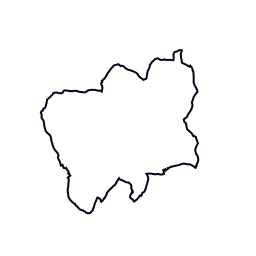 Catina, Cluj, Romania, rotated 236°
{"feature_id": "2599482B31598645365183", "entity_name": "Catina", "entity_type": "district", "adm_level": 2, "iso_a3": "ROU", "parent_name": "Romania", "parent_adm1": "Cluj", "projection": "albers", "projection_center": [24.16, 46.852], "detail": "fine", "context": "isolated", "style": "outline", "palette": "ink", "viewbox_px": 256, "rotation_deg": 236, "n_neighbors": 0, "source": "geoboundaries", "source_scale": "gbopen_adm2", "svg_char_len": 5607}
<svg xmlns="http://www.w3.org/2000/svg" viewBox="0 0 256 256"><g transform="rotate(236 128 128)"><path d="M145.0,214.4L144.6,213.2L148.7,211.1L151.6,209.4L152.0,209.3L152.8,209.6L154.6,210.5L157.5,211.8L158.0,212.1L159.3,212.7L160.2,213.5L161.0,214.3L161.5,215.3L161.8,215.7L162.5,216.1L163.4,214.8L163.7,214.4L164.0,212.9L163.9,212.2L164.0,211.6L164.2,210.9L164.6,210.3L164.7,209.7L164.7,208.8L164.6,208.1L163.4,206.6L162.5,206.3L159.6,204.4L159.0,204.0L158.9,203.6L159.1,203.1L160.6,201.5L162.4,198.7L163.4,197.4L164.5,196.7L164.3,196.1L166.1,193.4L166.7,192.8L167.1,192.5L168.2,192.0L169.2,191.7L169.4,190.8L169.9,189.1L169.9,188.3L169.9,188.1L169.5,187.0L169.4,185.5L169.1,184.3L168.6,183.3L168.1,181.5L167.2,180.7L165.6,178.9L164.5,176.9L164.4,176.5L163.6,175.4L162.6,174.6L160.4,172.6L158.7,170.8L159.3,167.6L160.2,167.5L163.1,166.4L164.3,166.1L165.7,166.0L167.0,166.1L168.2,165.9L169.3,165.6L171.8,164.1L172.5,163.8L173.9,162.6L174.8,162.0L176.1,160.8L177.2,160.1L179.3,159.3L181.4,158.8L182.1,158.6L182.7,158.1L183.3,157.3L183.4,157.0L183.5,156.5L184.2,156.4L185.1,155.9L186.2,155.8L186.5,155.2L186.9,153.6L187.7,151.6L187.7,151.1L186.4,146.2L185.6,144.2L184.8,142.0L184.3,140.9L183.2,138.9L182.4,137.0L182.0,135.1L181.8,133.2L181.7,132.7L180.9,132.7L180.5,132.3L180.4,131.7L180.4,131.2L180.0,130.8L178.8,130.2L177.2,130.0L176.4,129.7L175.3,129.0L173.9,127.7L172.9,126.5L174.0,126.3L174.3,126.1L175.1,125.0L175.7,124.0L176.2,123.5L177.5,122.6L179.3,120.2L180.5,118.3L180.7,117.5L181.4,116.3L181.5,114.9L181.4,113.3L181.5,112.4L182.4,111.2L183.2,110.4L183.9,109.3L185.6,107.5L186.5,106.8L187.6,106.4L187.7,105.6L187.9,105.3L189.0,104.1L189.3,103.3L189.6,102.6L190.6,101.3L190.6,100.8L190.7,100.6L191.4,100.2L191.6,100.0L191.8,99.7L192.0,99.5L192.4,99.2L194.3,97.0L194.6,96.5L194.7,96.0L194.7,95.4L194.6,94.9L194.0,93.7L193.7,93.2L193.9,92.5L194.4,91.6L194.9,91.0L196.0,89.8L196.6,89.4L197.5,88.4L198.8,85.8L198.4,85.3L197.9,84.1L197.6,82.1L197.3,81.3L196.9,77.6L196.7,76.8L196.2,76.1L195.2,75.4L194.5,74.7L191.5,71.3L191.2,70.4L191.1,69.6L191.2,68.8L191.2,68.5L191.1,68.2L190.7,68.0L190.2,67.4L190.1,67.1L190.3,66.1L190.0,64.8L189.9,64.6L189.6,64.4L188.0,64.0L186.8,63.6L185.6,62.5L184.9,62.1L184.2,61.9L182.2,62.1L181.4,62.0L179.0,61.2L176.9,59.9L171.8,58.1L169.4,58.3L167.5,58.8L165.6,59.2L165.0,59.2L164.3,59.1L163.4,58.8L159.8,57.2L158.9,56.9L157.6,56.6L155.9,55.9L154.2,55.5L151.3,55.1L150.0,55.2L146.3,55.6L145.0,55.4L144.6,55.3L144.1,55.0L143.6,54.4L143.1,53.6L142.6,53.3L141.9,53.1L140.6,52.9L139.0,52.8L134.3,51.4L134.1,53.1L130.8,52.4L130.2,52.9L129.8,53.4L129.5,54.0L129.5,54.4L127.8,54.2L125.8,54.3L125.0,54.1L123.8,53.5L123.7,53.3L123.7,53.0L123.3,53.0L123.3,53.8L121.7,53.5L120.8,53.5L120.5,50.3L119.4,50.4L119.0,50.3L118.1,49.9L117.3,49.3L115.2,47.5L112.6,45.5L111.8,44.6L110.8,43.6L108.4,42.2L105.9,41.1L104.8,40.4L103.8,40.0L103.0,39.9L100.8,39.9L97.4,40.5L95.6,41.1L94.8,41.6L94.3,41.4L93.6,41.4L93.1,41.4L91.7,42.0L90.7,42.0L90.1,42.1L89.4,42.3L87.8,42.4L87.3,42.7L86.4,43.2L85.8,43.7L85.1,44.4L83.7,45.0L83.0,45.5L81.0,46.1L80.4,46.5L79.2,47.8L79.0,48.4L78.8,49.1L78.9,50.3L79.6,52.9L79.7,53.0L80.1,53.3L80.5,53.9L80.7,54.4L81.1,54.7L81.5,55.5L83.3,57.5L87.5,63.7L87.3,64.0L86.6,64.2L85.8,64.7L85.2,65.0L84.8,65.0L84.5,65.2L83.9,64.9L83.6,65.1L83.0,65.2L82.8,65.0L82.1,65.1L82.0,64.5L81.7,64.6L81.8,65.1L81.8,65.5L82.7,68.4L83.1,68.8L83.0,69.5L83.5,70.4L83.7,71.1L83.9,71.3L84.0,71.5L84.4,72.3L84.5,72.5L85.3,73.6L85.5,74.0L85.9,74.2L86.0,74.3L86.1,75.0L86.7,76.4L86.7,76.9L86.9,77.3L86.9,77.8L87.1,78.3L87.1,78.6L87.4,79.6L87.3,80.0L87.6,80.9L87.5,81.6L87.6,81.8L88.1,83.0L88.2,83.8L88.1,84.4L88.0,84.7L88.2,85.2L88.2,85.7L88.6,86.6L88.8,86.7L89.1,87.0L89.1,87.9L89.5,88.2L91.4,92.5L90.0,92.5L89.4,92.7L88.4,93.7L84.2,96.1L83.6,96.6L82.3,98.1L82.1,98.2L80.5,98.5L79.1,98.7L77.9,98.3L77.2,97.7L76.9,97.3L76.5,97.0L75.6,96.8L74.5,96.9L73.1,95.8L72.8,95.9L72.7,96.4L72.0,96.0L71.8,95.8L72.1,95.5L72.1,94.8L72.0,94.3L71.4,93.6L71.3,93.0L70.6,91.9L69.8,91.2L68.9,90.9L67.8,91.2L66.3,91.9L65.3,92.0L64.8,91.8L63.7,91.8L63.7,92.6L63.6,93.4L63.8,94.9L63.8,95.8L64.2,96.7L64.5,98.2L65.4,100.1L64.4,101.0L65.5,102.7L66.2,103.5L66.2,103.8L66.0,104.5L66.0,105.6L66.3,106.3L66.5,106.6L67.5,108.3L68.4,109.3L69.0,109.9L70.6,112.1L72.0,113.6L72.5,114.1L73.1,115.1L75.2,116.8L75.6,117.0L77.6,117.5L79.7,117.7L77.8,121.0L75.7,123.3L74.3,124.7L73.9,125.3L73.7,126.4L70.7,129.6L70.4,130.2L70.0,131.5L69.8,132.2L72.2,133.3L73.3,133.6L73.3,133.8L73.0,135.7L71.7,135.4L72.0,136.5L71.9,137.1L71.7,138.1L72.1,138.5L72.5,138.6L71.7,141.3L71.7,141.7L71.9,142.0L71.6,142.2L71.2,143.2L70.6,145.2L69.0,148.9L68.4,150.9L68.1,152.2L67.7,153.5L67.4,154.1L66.3,155.4L64.6,157.0L63.7,158.6L61.3,160.2L60.2,160.6L57.7,161.7L57.3,161.6L57.2,162.0L57.6,162.5L57.7,162.8L58.3,163.0L58.5,163.3L58.6,164.0L58.8,164.1L59.1,164.0L59.8,165.3L60.2,165.8L60.7,166.9L61.6,167.9L62.5,168.6L66.1,170.1L66.6,170.2L68.2,169.9L69.1,170.2L71.1,170.9L72.4,171.7L73.3,172.6L74.0,173.7L74.1,173.9L74.8,174.8L75.8,176.7L76.1,177.2L76.7,177.6L79.3,178.3L80.3,178.4L81.2,178.6L82.4,179.1L82.7,179.3L83.2,179.1L84.2,178.3L84.4,177.8L84.7,177.6L86.2,177.8L88.1,177.8L89.9,177.4L91.4,177.0L93.6,176.3L96.3,177.2L98.2,178.1L98.3,178.3L99.7,178.6L101.6,178.2L102.5,178.4L103.6,178.9L103.8,179.0L104.0,179.7L104.1,180.8L104.1,182.8L104.5,183.6L106.0,185.9L107.2,189.3L107.6,190.0L108.1,190.7L108.3,191.4L110.3,193.8L111.7,194.7L113.3,195.1L117.1,200.0L118.7,204.0L119.1,205.9L122.1,206.8L126.8,207.2L129.4,208.1L132.9,210.6L138.2,213.7L138.8,213.9L139.1,213.6L141.9,214.7L145.0,214.4Z" fill="none" stroke="#020617" stroke-width="2"/></g></svg>